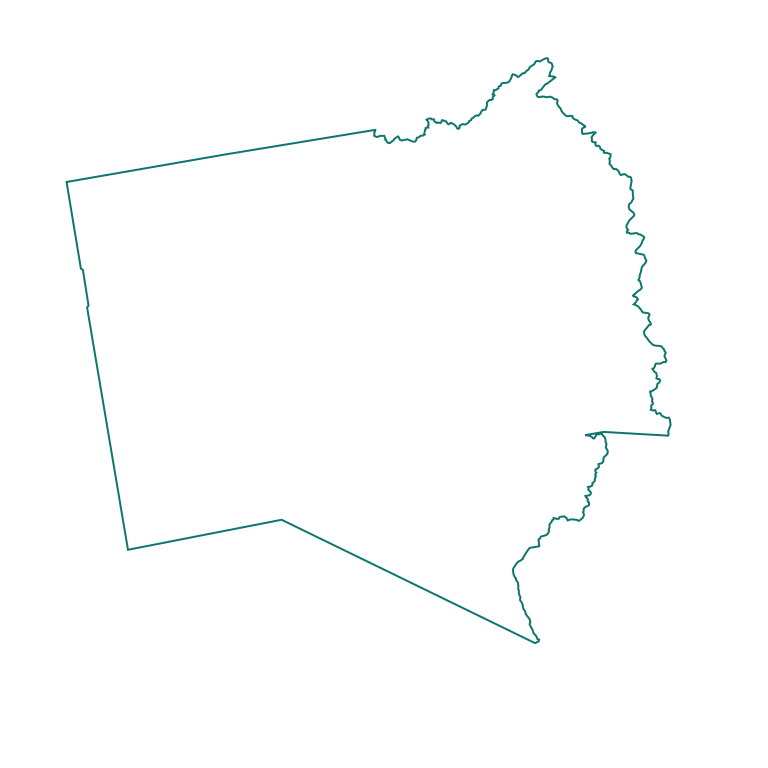 the district of Lago Argentino, Santa Cruz, Argentina, rotated 168°
{"feature_id": "61730980B69433296380231", "entity_name": "Lago Argentino", "entity_type": "district", "adm_level": 2, "iso_a3": "ARG", "parent_name": "Argentina", "parent_adm1": "Santa Cruz", "projection": "natural_earth1", "projection_center": [-72.936, -49.654], "detail": "fine", "context": "isolated", "style": "outline", "palette": "teal", "viewbox_px": 768, "rotation_deg": 168, "n_neighbors": 0, "source": "geoboundaries", "source_scale": "gbopen_adm2", "svg_char_len": 6147}
<svg xmlns="http://www.w3.org/2000/svg" viewBox="0 0 768 768"><g transform="rotate(168 384 384)"><path d="M290.1,99.1L286.2,100.1L285.4,101.8L286.9,102.5L287.7,106.3L289.6,109.3L289.7,112.0L291.4,118.1L291.5,118.8L290.4,120.7L290.4,123.5L293.2,129.6L293.1,131.8L294.5,135.5L294.3,139.0L294.6,141.0L295.2,142.9L295.7,143.7L295.8,144.6L294.9,147.1L295.5,149.6L295.5,151.9L295.0,154.1L295.4,155.4L294.5,158.8L294.3,162.0L295.7,165.1L295.3,166.2L295.9,167.1L296.8,170.4L296.7,174.3L296.1,176.4L293.0,179.7L289.9,182.2L286.8,183.0L284.2,184.4L284.0,185.2L280.4,189.1L276.2,193.0L275.3,193.4L265.9,193.0L265.2,199.8L263.5,200.4L263.2,201.2L262.1,202.1L256.7,202.5L254.9,203.5L253.0,205.9L253.2,207.3L251.8,209.5L251.4,212.1L248.6,214.4L248.1,215.6L246.3,216.3L246.0,217.6L244.0,216.9L242.8,215.9L241.9,215.9L241.0,215.9L240.3,217.1L239.5,217.4L235.3,217.1L233.3,215.0L233.1,213.4L232.6,212.3L230.6,212.8L227.4,212.3L223.3,210.9L222.1,209.7L221.2,209.7L217.0,212.1L215.9,213.8L215.5,215.5L216.0,217.2L215.3,217.9L214.6,220.5L212.8,221.8L209.3,222.6L208.7,223.0L208.1,224.7L208.1,225.4L208.7,225.8L208.5,226.1L209.1,227.8L208.7,228.5L208.7,229.5L209.4,230.2L210.3,232.5L205.8,232.5L204.1,234.2L204.5,235.7L206.1,238.1L205.5,239.5L205.8,240.9L203.8,240.7L201.6,241.4L200.9,242.4L200.8,243.6L198.2,245.1L196.8,248.9L196.0,249.5L196.3,251.3L194.7,253.1L195.5,254.3L194.9,256.5L193.2,256.8L190.9,258.2L191.0,261.0L187.2,261.3L185.7,262.5L184.4,266.5L180.1,269.1L179.0,271.8L180.2,275.5L178.8,279.4L179.4,281.4L179.0,282.6L179.0,285.7L180.8,288.4L181.3,290.5L184.2,290.1L187.0,290.5L187.7,289.1L189.7,287.1L190.9,287.4L191.7,289.0L193.6,290.7L198.0,292.1L179.3,291.5L116.8,274.4L116.2,275.5L115.8,278.6L112.2,284.4L111.8,288.9L111.9,290.8L112.5,291.9L114.7,292.1L116.8,293.4L119.0,295.4L119.7,297.7L120.4,298.2L123.4,298.0L124.2,302.0L126.8,302.3L128.4,303.3L127.5,304.8L127.3,306.7L126.6,307.8L125.2,308.5L124.9,309.3L125.5,311.3L124.6,313.3L124.6,314.2L125.5,317.3L125.2,319.1L125.4,320.9L125.2,321.4L123.8,321.2L119.0,323.0L117.5,324.3L117.4,325.4L116.4,327.3L114.3,328.3L113.2,329.9L113.7,331.6L115.3,331.9L116.4,333.0L115.5,334.6L115.3,337.8L117.1,339.9L118.3,343.0L116.6,343.5L115.2,345.2L114.6,346.6L113.7,347.4L109.4,346.5L106.0,347.4L103.9,346.8L102.9,348.4L103.9,353.1L102.4,355.3L102.0,356.5L102.8,358.0L102.7,359.5L103.7,360.7L104.6,362.9L106.4,363.9L110.6,365.1L113.0,366.6L115.5,370.3L117.6,375.1L118.4,376.2L118.9,377.6L119.0,380.1L118.3,381.9L112.4,386.6L111.1,386.5L110.6,386.9L110.4,387.7L111.8,391.7L111.8,393.9L110.0,396.3L109.8,397.2L110.7,398.2L116.1,400.3L117.6,404.1L119.3,407.0L121.2,408.8L123.2,410.0L120.7,411.5L119.2,413.3L118.0,413.9L118.8,416.0L120.3,417.3L121.8,417.9L122.0,418.8L115.9,422.2L113.1,423.3L111.7,424.7L112.1,431.0L113.5,432.6L113.5,433.1L112.1,434.5L111.6,436.5L109.3,440.5L107.5,444.7L102.4,448.7L101.7,450.4L102.5,452.7L102.7,455.8L103.4,456.6L109.7,459.4L110.4,459.9L110.7,460.8L109.5,462.7L104.7,465.8L102.1,468.9L101.7,470.0L99.6,472.2L99.1,473.0L99.1,473.9L102.2,477.0L103.7,477.4L105.4,479.2L111.3,479.5L112.9,480.9L115.0,481.5L115.0,482.0L114.8,482.7L113.2,483.9L114.3,486.4L113.8,488.7L110.0,493.0L105.2,496.1L104.3,496.9L103.9,497.8L104.4,499.7L107.6,503.7L107.9,506.1L107.1,508.3L106.5,509.1L104.5,510.1L101.4,513.7L101.5,515.9L100.5,521.6L102.3,523.2L102.4,524.3L99.6,531.0L99.5,534.6L100.1,535.4L101.9,535.9L104.6,539.1L106.1,539.4L108.7,539.1L109.6,540.3L110.3,543.4L111.7,545.3L112.5,546.2L114.5,546.3L115.6,548.0L116.3,550.2L117.7,552.5L116.7,555.1L116.8,557.6L115.4,558.8L114.6,561.7L118.3,563.9L120.4,564.2L120.8,565.0L120.2,566.1L122.5,568.0L123.5,569.6L123.6,571.3L124.0,571.9L124.6,572.5L126.6,572.6L127.3,573.2L127.3,575.1L126.7,576.3L129.2,577.2L130.3,578.3L129.6,580.4L129.8,581.5L129.5,582.4L126.7,584.9L124.8,585.7L124.8,586.2L126.7,586.7L131.5,586.6L137.7,587.3L138.0,588.3L137.5,592.1L136.3,593.0L134.0,593.6L133.6,594.2L136.6,597.6L138.7,599.2L139.9,601.7L141.4,602.4L143.6,604.4L144.1,605.3L144.0,606.8L145.9,607.6L148.4,607.7L150.0,608.3L152.1,611.1L153.6,614.1L154.1,617.1L155.0,618.2L156.2,621.3L156.3,623.0L155.2,625.1L155.6,626.3L158.2,627.3L159.4,628.9L161.6,630.5L164.4,630.5L169.3,632.3L172.4,632.2L174.1,633.1L174.7,635.7L173.9,636.6L171.9,637.7L171.7,638.8L169.3,639.0L164.2,643.4L161.8,644.0L152.7,648.3L153.3,649.0L158.4,650.9L157.3,652.5L157.0,654.0L155.1,655.8L152.9,660.0L153.5,663.1L155.5,664.2L156.3,665.1L156.0,667.2L156.3,668.7L158.6,668.9L164.7,667.1L166.4,668.1L168.4,668.0L170.6,665.5L175.5,663.7L177.2,661.5L179.1,660.9L181.9,658.9L183.6,659.1L188.5,656.5L189.2,656.5L190.9,658.7L193.7,660.2L194.5,659.4L196.2,656.4L198.9,653.6L201.0,653.1L205.7,653.7L206.6,653.4L207.8,651.5L209.7,651.2L210.2,650.7L210.5,649.4L213.6,648.3L215.4,648.6L215.3,647.8L216.3,646.7L216.5,645.5L217.5,644.7L216.9,644.0L216.0,643.7L215.9,643.2L217.5,642.7L218.3,640.9L218.2,640.3L220.1,639.4L221.2,639.9L222.5,639.5L224.8,638.0L225.4,635.0L227.4,631.5L228.3,631.2L230.6,631.6L232.9,629.5L233.3,628.5L234.5,628.0L234.9,627.4L235.8,626.9L237.2,627.4L239.1,627.2L241.8,625.7L242.9,625.5L244.0,624.0L246.1,623.4L246.9,622.2L249.6,621.1L251.0,621.0L252.9,621.9L256.1,621.0L256.7,620.4L256.5,619.7L257.3,618.4L258.3,618.1L259.4,619.0L259.6,620.4L261.1,622.9L264.0,625.5L264.7,625.6L266.1,624.6L267.3,624.8L268.7,627.9L269.7,628.9L270.8,629.0L272.0,630.0L272.7,629.9L273.1,628.6L274.6,627.5L276.3,628.4L278.2,628.4L278.2,628.8L280.1,630.3L280.1,632.5L282.2,632.8L282.6,633.7L283.4,634.2L285.8,634.2L287.4,633.6L286.4,631.7L286.1,630.3L286.7,628.8L286.5,628.0L287.4,627.1L287.3,625.7L288.5,626.1L290.0,625.6L289.8,625.0L290.9,624.2L292.6,620.6L292.7,619.8L292.4,619.5L293.9,619.0L296.9,619.1L298.1,618.2L300.7,618.0L302.0,615.5L303.4,614.6L305.5,615.1L310.2,618.5L315.8,618.5L317.5,619.3L317.9,620.0L318.1,622.0L319.0,623.3L322.5,621.8L323.8,620.6L328.3,618.4L330.2,619.3L331.0,620.6L331.1,622.0L332.0,622.7L331.6,623.4L332.2,626.7L336.1,627.5L338.1,627.1L340.0,627.2L342.0,628.9L341.4,630.3L341.2,632.2L340.2,633.0L339.7,634.4L490.8,641.5L652.5,647.6L656.5,559.8L654.8,558.3L656.7,522.2L658.5,520.5L668.9,275.1L512.4,272.5L290.1,99.1Z" fill="none" stroke="#0f766e" stroke-width="2"/></g></svg>